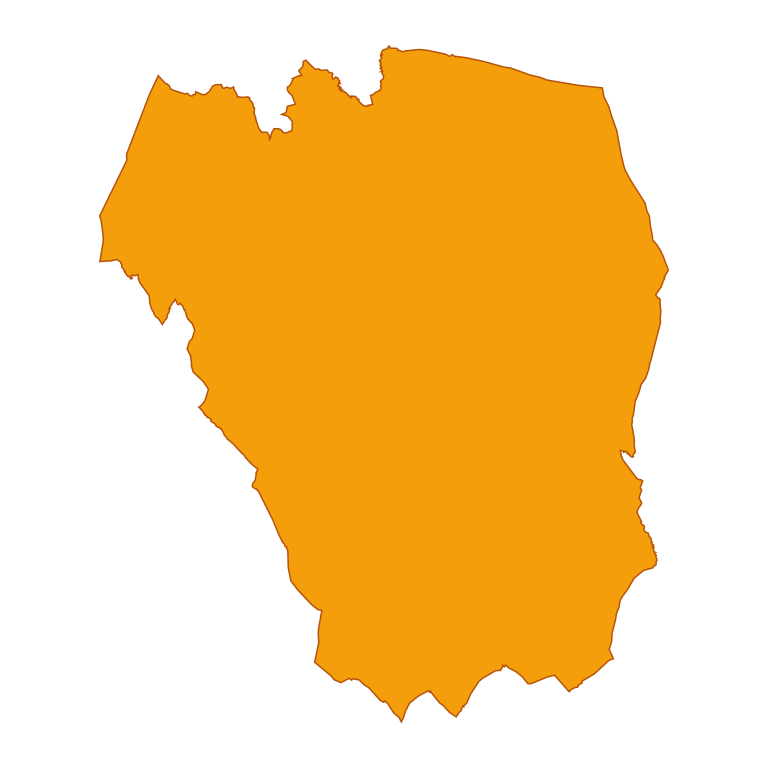 Rakkestad nor, Østfold, Norway
{"feature_id": "86288312B50253419979546", "entity_name": "Rakkestad nor", "entity_type": "district", "adm_level": 2, "iso_a3": "NOR", "parent_name": "Norway", "parent_adm1": "Østfold", "projection": "mercator", "projection_center": [11.413, 59.36], "detail": "fine", "context": "isolated", "style": "filled", "palette": "amber", "viewbox_px": 768, "rotation_deg": 0, "n_neighbors": 0, "source": "geoboundaries", "source_scale": "gbopen_adm2", "svg_char_len": 5972}
<svg xmlns="http://www.w3.org/2000/svg" viewBox="0 0 768 768"><path d="M613.4,658.8L609.2,649.6L611.7,641.0L612.0,633.7L615.7,618.9L616.3,613.9L619.0,607.2L620.0,601.1L621.4,597.9L627.7,589.2L634.2,578.1L643.6,570.4L652.8,567.9L652.9,567.1L656.1,564.6L656.1,562.1L657.0,560.1L655.9,556.8L656.3,555.2L654.7,554.1L654.7,552.6L655.4,552.4L653.9,551.6L653.4,548.7L653.8,548.2L653.0,547.6L653.7,547.4L653.7,546.5L652.6,546.5L653.5,545.0L651.9,544.5L652.0,543.5L651.3,542.8L652.1,542.2L651.2,541.7L651.4,539.5L650.2,537.3L649.4,537.1L648.2,533.1L645.2,531.9L643.7,529.5L644.5,527.5L644.0,525.5L642.7,525.1L640.9,522.8L640.8,522.2L641.6,521.6L637.3,513.3L637.3,510.8L637.9,509.1L641.6,503.6L641.5,502.3L639.5,498.9L639.2,497.2L641.6,490.2L640.2,487.6L642.7,481.1L641.0,479.8L637.3,479.1L623.1,460.1L621.4,456.1L620.3,450.4L623.3,451.2L623.7,452.2L624.6,451.3L625.2,452.0L626.9,451.5L627.2,453.8L629.2,453.9L629.1,454.9L631.0,456.7L632.8,457.1L633.4,456.6L633.0,456.0L633.3,454.6L635.3,452.2L634.1,444.4L634.4,441.3L634.1,437.6L631.7,424.7L632.3,422.0L632.1,419.1L633.5,414.3L635.1,401.7L639.1,392.0L641.2,384.4L645.7,378.1L648.2,370.9L649.6,365.1L649.5,363.3L650.3,362.3L660.5,322.6L660.2,318.7L660.9,310.3L660.3,307.8L660.0,298.9L657.1,297.0L655.7,294.8L661.5,286.4L661.7,284.4L662.7,283.6L662.6,281.8L664.4,279.0L664.1,277.6L664.6,277.7L664.9,276.1L668.3,270.1L663.2,256.4L660.5,250.5L656.4,244.2L652.7,240.0L652.3,235.6L650.3,225.3L649.4,216.2L647.0,211.3L645.0,203.0L630.8,180.6L625.4,170.7L623.9,166.3L621.0,154.1L616.8,130.8L611.5,115.8L608.8,106.7L603.8,96.4L602.4,87.9L578.1,85.3L547.0,80.0L539.2,77.1L530.0,75.0L510.4,67.9L504.1,67.1L483.8,61.5L466.1,57.7L455.2,56.3L455.7,56.7L455.3,56.9L452.3,54.7L449.6,56.4L445.4,54.1L426.2,50.1L418.9,49.5L405.4,50.9L402.8,51.8L399.2,50.3L398.1,50.6L397.5,48.9L396.4,48.3L390.2,48.2L389.2,46.1L388.1,46.9L387.1,48.9L383.6,49.7L381.7,51.8L381.2,53.5L382.1,54.4L380.9,54.5L380.7,55.1L381.7,55.1L380.6,56.0L381.7,57.9L380.1,59.9L380.2,60.5L379.5,60.7L380.7,62.1L380.2,62.8L380.9,63.3L380.2,65.3L381.0,65.2L380.8,67.2L381.6,67.5L380.2,68.3L382.0,70.0L381.5,70.4L382.2,70.9L382.1,71.6L381.5,71.8L382.5,72.0L382.0,72.6L382.3,73.8L383.8,76.5L383.0,79.2L380.9,80.5L381.1,81.2L380.4,81.7L381.5,84.5L380.5,85.8L381.2,88.1L380.4,89.8L379.2,90.2L378.7,91.3L376.0,92.0L373.0,94.7L370.6,95.3L372.6,104.5L367.8,105.4L367.8,106.4L363.5,105.7L358.7,101.4L358.9,99.4L357.1,99.3L356.9,97.8L355.1,96.3L351.0,96.2L351.6,97.5L351.0,97.9L350.0,96.2L348.5,95.9L347.2,93.7L344.1,91.5L342.4,91.4L342.5,90.4L341.8,91.2L340.8,90.8L339.9,89.7L340.8,88.8L340.6,88.3L341.2,88.9L341.0,87.6L340.0,86.9L339.1,87.8L339.3,86.3L337.6,85.8L338.6,84.8L338.7,83.0L340.2,83.4L339.4,82.0L339.7,80.9L338.2,79.7L338.0,78.1L335.5,77.0L334.0,78.6L332.6,78.8L332.1,77.1L332.8,73.8L332.3,73.1L328.7,72.2L327.2,69.9L321.0,70.4L319.1,69.0L315.8,69.3L314.4,68.7L305.7,60.1L303.4,61.3L302.7,66.7L298.7,70.7L301.6,75.5L298.5,75.9L292.8,78.4L293.3,78.5L290.0,85.4L287.5,87.0L287.4,90.2L288.8,92.5L291.9,95.4L295.4,104.2L287.2,106.4L286.2,112.6L281.8,114.4L287.8,116.2L292.2,121.3L292.2,128.7L291.7,130.6L286.3,132.9L284.1,132.8L282.8,132.1L281.2,129.8L278.1,128.7L274.1,128.7L271.6,132.9L270.5,137.9L269.5,139.5L269.2,135.7L267.1,132.3L261.7,132.2L258.9,128.6L256.4,121.3L255.4,117.4L255.5,116.4L254.1,114.2L254.5,108.0L253.5,107.2L252.6,103.0L249.4,99.3L249.6,97.7L247.8,96.9L242.3,97.4L237.2,96.6L237.3,95.4L234.2,89.7L233.5,86.9L230.7,88.4L226.2,87.2L224.1,88.4L222.8,88.0L221.2,84.6L216.0,84.7L212.7,86.0L209.3,91.5L205.2,94.7L202.9,94.7L195.7,91.8L195.3,94.6L193.5,94.5L192.2,96.0L190.0,95.8L187.3,93.3L184.9,94.0L172.4,89.9L170.5,88.7L169.1,85.6L166.9,83.7L165.6,83.7L158.3,75.7L149.7,93.9L126.6,154.1L126.8,160.4L99.7,215.9L101.1,220.1L103.2,236.1L103.3,241.1L99.9,261.5L111.3,260.8L116.7,259.5L120.7,262.1L120.9,263.4L121.9,264.8L121.7,267.0L124.9,271.0L124.3,271.5L127.7,276.2L128.4,275.9L131.1,279.1L132.3,277.9L131.3,276.3L131.9,275.1L134.5,275.7L137.9,274.7L138.5,279.4L139.9,282.7L149.0,295.5L149.8,300.9L149.6,302.3L151.6,309.1L153.9,312.6L153.7,313.3L155.8,316.8L158.6,318.8L162.3,324.5L165.0,320.1L166.6,318.7L167.5,315.5L167.4,314.3L168.5,313.2L169.5,310.7L169.2,309.0L170.2,308.4L169.2,308.0L175.3,299.3L177.7,304.4L179.1,304.5L180.2,303.3L183.0,306.5L183.9,309.4L185.1,310.2L185.2,311.7L186.0,312.9L186.0,314.5L187.7,318.7L192.7,324.4L194.7,330.5L192.1,338.7L189.5,341.4L187.1,348.8L190.6,356.0L191.5,362.9L191.4,366.0L193.2,372.0L203.1,381.3L208.5,389.2L205.7,398.4L204.1,401.9L200.6,406.1L198.8,407.1L202.4,410.8L205.2,415.3L206.2,415.5L207.2,417.5L208.7,417.5L210.9,419.3L210.8,421.1L215.7,424.4L215.6,425.3L217.5,427.1L218.9,427.3L220.4,428.8L221.1,428.5L224.2,434.2L224.2,435.3L226.0,436.6L227.1,438.8L233.2,443.8L242.2,453.7L244.1,454.8L245.4,457.5L251.6,464.0L256.1,467.9L257.5,468.2L257.3,470.2L255.9,473.6L256.2,474.5L255.1,480.5L252.8,483.5L252.2,486.5L255.0,488.7L257.0,489.1L257.3,490.6L258.5,491.3L273.0,520.4L279.2,535.5L282.7,542.5L284.2,543.7L285.1,546.5L286.6,547.0L286.7,548.5L287.8,550.6L288.3,568.0L290.8,580.7L297.6,589.7L311.3,604.3L317.9,609.6L321.8,610.4L318.6,628.6L318.3,632.9L318.7,643.0L314.7,662.3L330.9,675.7L334.3,679.8L340.9,682.6L349.2,678.3L351.6,680.1L352.9,678.7L359.2,680.0L363.9,684.6L368.8,687.7L380.2,700.3L383.6,702.2L384.6,700.9L387.4,703.2L393.8,713.0L400.0,718.3L399.7,718.9L401.3,721.9L403.2,718.2L405.4,711.4L409.5,703.2L418.3,696.1L428.1,690.8L429.8,692.3L430.7,691.0L431.6,693.0L439.7,703.0L443.8,706.0L449.1,712.0L456.2,716.9L459.2,712.2L461.2,710.7L461.6,708.3L462.8,706.7L463.7,706.9L463.3,705.7L464.6,705.3L466.8,702.9L470.6,694.1L478.8,681.5L482.4,678.4L495.5,670.7L500.5,670.4L502.6,666.9L502.7,665.4L504.4,666.8L505.6,665.0L508.5,667.8L516.0,671.7L522.1,676.6L528.0,683.7L531.4,683.6L547.3,677.0L554.7,675.3L568.8,691.4L569.8,691.5L570.2,690.1L575.3,687.4L577.5,687.2L579.0,684.7L581.9,683.2L581.7,682.3L582.7,680.8L594.1,674.0L609.3,660.1L613.4,658.8Z" fill="#f59e0b" stroke="#b45309" stroke-width="1.5"/></svg>